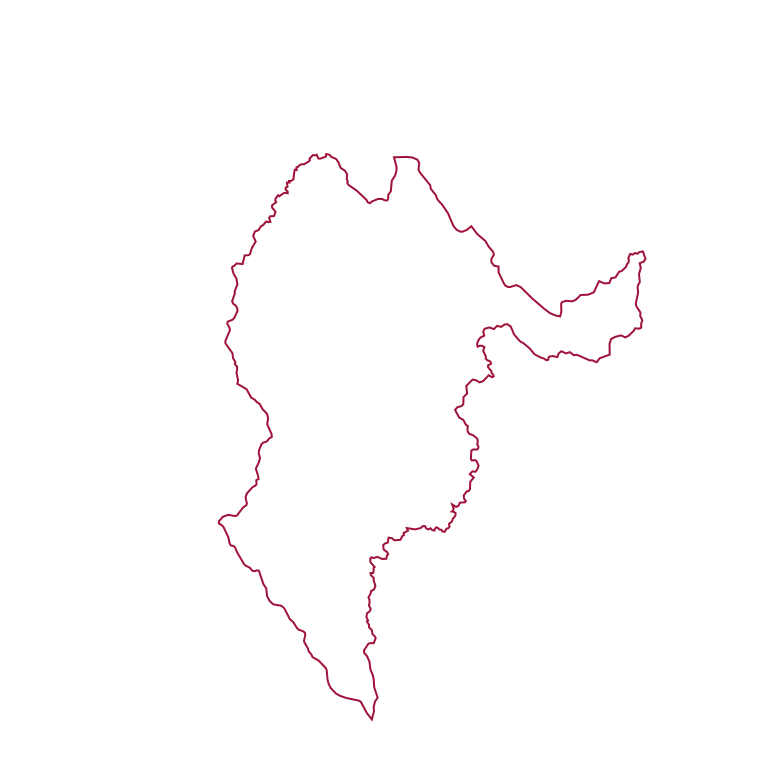 Grão Mogol, Minas Gerais, Brazil, rotated 310°
{"feature_id": "56859067B79659149842154", "entity_name": "Grão Mogol", "entity_type": "district", "adm_level": 2, "iso_a3": "BRA", "parent_name": "Brazil", "parent_adm1": "Minas Gerais", "projection": "natural_earth1", "projection_center": [-42.964, -16.475], "detail": "fine", "context": "isolated", "style": "outline", "palette": "rose", "viewbox_px": 768, "rotation_deg": 310, "n_neighbors": 0, "source": "geoboundaries", "source_scale": "gbopen_adm2", "svg_char_len": 6154}
<svg xmlns="http://www.w3.org/2000/svg" viewBox="0 0 768 768"><g transform="rotate(310 384 384)"><path d="M644.5,504.3L647.9,503.9L652.0,497.1L649.0,494.7L646.7,494.5L645.7,492.1L643.0,491.4L642.0,489.0L637.5,490.2L636.3,492.0L634.3,493.2L631.6,493.1L629.7,494.2L622.8,493.3L621.3,491.9L614.4,492.8L611.3,490.1L606.2,491.7L602.8,488.3L601.0,482.6L589.1,485.8L583.7,483.0L578.5,477.4L571.7,476.8L568.3,475.0L564.8,470.0L561.3,467.8L559.5,468.0L553.2,473.5L549.0,475.5L546.7,471.3L545.0,465.8L544.6,458.0L544.8,442.1L546.1,426.4L544.8,421.8L539.4,418.3L538.2,417.0L537.4,414.1L537.9,411.7L543.1,400.1L547.6,396.3L545.4,392.6L546.2,388.4L547.6,386.7L549.4,385.8L553.6,385.1L555.4,382.7L556.5,376.0L558.7,369.7L558.8,359.0L561.0,349.5L555.0,348.3L551.3,346.3L549.8,344.7L548.8,340.6L549.2,338.2L549.7,335.6L556.0,323.1L558.7,313.5L559.5,307.5L560.2,305.1L561.9,302.6L563.6,294.4L566.0,291.6L569.1,275.5L570.3,272.7L576.0,268.9L577.3,265.5L575.9,260.5L573.0,256.0L564.1,245.9L558.4,254.0L555.3,256.5L550.6,258.6L544.9,259.2L536.1,265.3L531.6,265.7L528.3,268.2L526.7,268.5L525.2,266.5L524.5,263.6L522.0,260.5L515.8,257.3L513.4,257.0L512.8,254.6L513.8,252.2L514.6,238.8L513.7,228.8L514.5,226.5L516.1,225.9L516.9,223.8L520.8,221.1L522.3,217.3L521.7,211.7L524.5,206.7L525.6,202.6L524.1,197.6L524.6,195.1L523.1,191.9L520.9,193.3L515.3,190.1L514.6,188.5L516.4,185.1L514.7,184.2L513.7,182.4L508.7,182.1L507.7,183.4L506.1,183.3L500.8,181.5L499.5,179.7L497.4,178.6L495.1,178.6L493.7,177.7L491.7,179.5L491.0,178.0L489.4,178.6L482.4,183.1L479.9,182.4L478.4,180.7L477.6,182.1L475.8,180.2L473.1,183.3L471.2,182.5L469.8,183.7L469.4,186.6L468.2,187.6L467.0,185.4L465.1,184.2L460.6,183.2L460.5,181.5L456.1,181.8L454.7,182.7L454.1,184.5L448.8,183.4L447.2,184.9L446.1,190.3L442.0,191.8L439.1,188.9L437.3,189.3L435.2,192.8L433.8,191.5L432.7,189.2L428.5,189.3L425.2,188.3L421.3,189.0L417.8,187.1L413.4,188.6L410.6,194.2L403.3,195.3L397.3,197.9L395.6,197.4L392.9,194.6L385.0,198.6L381.6,193.6L378.1,193.3L376.7,192.5L375.2,192.9L371.9,197.7L370.0,203.0L366.2,207.6L359.1,210.0L357.5,211.5L349.7,214.5L348.6,216.8L348.7,220.2L347.7,222.8L346.0,224.8L338.4,226.8L336.0,226.7L331.3,224.2L329.6,225.0L327.5,230.0L326.1,231.4L314.8,234.9L313.2,236.5L310.2,248.1L306.8,251.7L305.1,256.2L303.4,256.8L302.9,260.3L299.9,262.8L298.1,263.4L293.1,269.8L289.9,271.5L291.7,282.1L288.2,290.8L288.9,296.0L288.4,297.9L288.8,301.5L286.7,307.1L285.9,313.7L283.4,317.1L278.1,320.4L273.3,330.2L271.2,332.1L268.7,331.1L264.5,331.1L261.1,329.0L259.2,328.9L253.5,330.6L250.4,332.5L247.6,336.6L243.3,338.6L236.8,340.2L232.5,346.9L230.5,348.9L228.2,348.0L225.3,350.8L223.3,350.8L220.6,349.6L212.0,349.3L208.7,350.5L206.3,352.9L204.7,355.5L202.8,356.5L198.6,355.4L188.7,355.9L187.2,355.0L183.7,348.8L178.7,345.9L172.7,345.8L171.0,347.4L171.6,350.4L171.2,353.1L166.6,363.2L162.6,368.3L161.9,370.6L163.2,372.9L163.0,375.1L160.8,379.3L156.1,392.4L155.9,394.6L157.0,399.3L156.3,403.2L157.3,405.2L159.5,406.4L160.6,408.1L153.2,420.2L151.7,425.2L146.2,431.0L144.2,436.2L144.1,441.0L148.0,447.6L148.2,450.0L147.8,452.6L143.3,463.0L143.3,467.4L141.1,474.3L140.9,476.2L142.6,481.1L142.6,483.4L141.3,484.9L136.0,487.7L134.9,489.2L132.5,495.8L130.9,498.0L130.0,502.5L128.8,504.8L130.1,511.6L129.0,521.8L127.9,524.1L121.6,530.4L118.8,534.2L116.8,538.7L116.0,546.3L116.9,550.8L119.2,556.9L125.2,568.1L125.7,570.4L120.9,582.4L119.2,590.3L127.0,586.6L129.6,583.9L135.0,581.2L139.6,580.8L145.4,571.4L150.8,566.3L153.7,562.6L156.8,556.9L161.9,551.4L164.6,546.0L165.4,541.4L167.2,539.9L174.7,539.0L176.5,539.8L178.9,542.7L184.0,541.0L184.9,538.8L185.0,536.0L187.7,532.7L188.0,528.9L189.8,527.5L191.2,523.4L192.6,523.8L194.0,520.5L197.3,518.4L201.0,519.2L203.1,518.4L204.9,514.5L206.5,514.0L209.3,511.7L210.6,509.2L214.9,508.5L216.8,507.2L220.3,508.4L223.8,507.2L227.1,502.1L228.8,500.8L229.2,496.6L230.5,495.2L232.2,497.1L234.6,496.0L236.1,494.3L237.8,494.5L238.8,488.0L241.7,485.6L243.3,485.9L243.7,487.6L247.3,490.1L248.8,495.1L251.6,498.1L254.5,496.5L256.4,496.6L257.2,494.5L257.0,490.1L260.1,486.9L262.8,487.4L264.9,488.8L269.3,486.3L271.0,489.4L270.9,492.3L275.1,496.7L279.4,495.8L281.2,496.4L282.5,494.8L287.0,496.7L288.3,494.1L292.5,501.1L297.2,504.7L300.0,505.0L301.6,506.9L300.5,508.8L301.1,511.6L303.3,512.3L303.1,514.9L304.1,516.8L305.4,516.1L307.8,516.1L308.5,518.1L308.0,519.7L309.2,521.6L308.6,523.6L309.8,525.5L313.2,524.9L314.8,525.9L316.9,525.9L318.6,523.7L322.5,524.4L324.8,523.4L329.0,523.3L331.1,521.9L331.0,519.9L329.9,517.9L331.8,518.2L333.4,517.3L335.6,513.6L336.2,518.3L338.2,519.3L341.8,518.4L345.6,522.2L347.0,521.9L347.5,519.2L349.9,516.7L354.9,516.4L356.3,517.6L358.5,517.6L364.6,512.9L370.1,512.9L370.1,507.6L373.9,507.9L375.5,510.4L377.8,510.5L382.2,509.0L384.3,504.7L384.3,502.8L381.9,500.5L382.5,498.7L389.2,493.7L391.3,494.5L393.8,497.6L395.6,497.4L396.9,496.4L397.6,494.3L400.2,492.8L402.1,490.6L402.0,485.0L400.6,481.4L401.4,478.9L402.9,477.0L405.7,475.2L405.4,473.0L407.5,467.8L406.6,463.3L409.8,455.1L413.3,455.1L416.8,457.5L419.4,457.8L425.1,453.3L430.1,453.8L435.4,448.3L444.4,449.0L446.1,452.4L446.6,456.1L450.0,458.1L458.1,458.6L458.7,462.6L460.4,463.1L461.4,461.5L461.6,459.5L462.9,457.8L463.7,453.1L465.1,451.7L468.2,453.0L469.3,451.8L469.5,450.0L468.6,447.9L468.8,445.6L470.5,444.4L473.3,438.5L476.8,437.3L476.4,434.7L474.8,432.7L472.8,431.9L473.7,430.3L475.6,429.0L479.3,428.0L481.8,428.1L485.4,429.7L487.8,426.5L489.4,425.9L491.2,425.7L495.2,428.5L496.7,432.9L501.2,433.3L503.2,437.1L507.0,438.1L509.1,440.0L509.5,444.1L505.6,451.8L504.3,459.3L504.2,462.1L504.9,464.0L504.9,472.6L503.5,480.1L505.1,487.3L506.4,490.3L506.5,493.0L508.1,494.2L509.8,493.1L511.5,493.1L513.9,495.4L516.1,499.5L519.5,498.2L523.1,498.8L524.5,503.9L527.8,505.8L528.1,510.8L530.5,513.3L534.3,526.4L536.0,528.2L537.3,532.9L542.4,532.7L551.6,538.0L559.7,531.0L564.3,529.0L569.0,531.0L573.6,534.3L574.8,538.9L578.3,540.4L585.0,541.1L588.1,540.6L590.5,544.0L592.5,544.8L595.7,542.1L598.8,541.0L601.0,536.2L602.8,535.3L603.8,533.9L605.7,527.5L607.7,525.0L617.6,519.8L620.6,516.5L622.7,515.2L626.6,514.4L632.1,508.7L637.9,506.1L641.0,502.2L644.5,504.3Z" fill="none" stroke="#9f1239" stroke-width="2"/></g></svg>